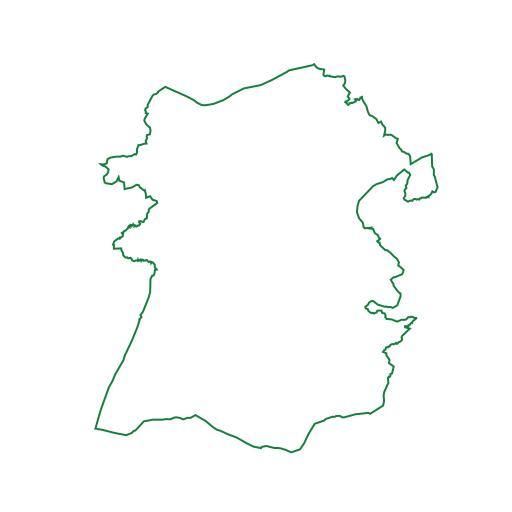 Eidsberg nor, Østfold, Norway, rotated 100°
{"feature_id": "86288312B32613923772103", "entity_name": "Eidsberg nor", "entity_type": "district", "adm_level": 2, "iso_a3": "NOR", "parent_name": "Norway", "parent_adm1": "Østfold", "projection": "mercator", "projection_center": [11.349, 59.529], "detail": "fine", "context": "isolated", "style": "outline", "palette": "green", "viewbox_px": 512, "rotation_deg": 100, "n_neighbors": 0, "source": "geoboundaries", "source_scale": "gbopen_adm2", "svg_char_len": 6067}
<svg xmlns="http://www.w3.org/2000/svg" viewBox="0 0 512 512"><g transform="rotate(100 256 256)"><path d="M57.0,232.1L58.3,233.5L67.6,256.0L69.0,257.1L80.2,271.3L86.9,281.1L93.2,297.3L101.0,307.7L103.5,309.8L108.3,315.4L113.6,324.3L115.0,328.1L116.6,333.0L116.6,336.1L115.4,340.4L113.3,344.4L111.0,351.4L105.2,374.7L111.0,380.9L112.0,380.9L113.7,382.4L114.8,384.8L116.3,385.8L126.2,389.0L128.0,388.5L130.1,390.4L131.8,390.5L132.9,389.4L134.3,389.5L134.6,387.3L140.3,389.5L142.1,389.5L145.3,387.1L148.0,382.7L150.6,381.7L154.6,381.6L155.8,384.3L156.9,384.6L158.6,383.7L162.1,384.6L164.3,383.4L164.9,385.6L167.2,390.1L167.2,391.0L171.2,391.7L175.5,391.2L177.0,391.9L176.7,393.2L179.3,396.1L180.0,399.3L180.7,400.0L180.4,404.8L181.6,406.6L182.3,410.4L184.2,416.1L186.4,419.0L190.7,419.1L192.3,421.7L192.6,424.7L193.4,423.4L194.2,419.5L196.2,416.3L199.3,416.2L201.7,417.1L204.0,419.5L205.7,419.6L209.9,417.7L210.4,416.3L210.3,410.4L206.9,406.4L202.2,405.0L205.6,403.6L206.5,398.7L212.9,397.0L210.1,390.1L206.6,386.0L206.7,383.5L208.6,382.2L211.2,376.9L210.8,376.7L215.3,374.8L217.7,374.4L215.5,370.7L218.6,367.6L219.2,363.3L220.9,362.4L227.8,369.1L228.9,369.6L231.5,369.4L233.0,370.5L237.9,370.1L239.0,371.9L241.9,372.6L242.2,373.1L241.7,375.7L242.1,377.1L243.2,376.9L244.3,375.6L246.3,376.5L246.5,377.8L247.7,378.7L247.5,379.6L248.0,380.6L246.8,380.4L246.8,381.8L246.0,382.5L247.3,382.9L247.2,384.1L247.9,383.5L248.6,383.9L248.8,385.0L248.4,384.5L248.5,384.9L247.8,385.6L248.5,386.5L249.3,386.8L249.8,386.2L249.8,386.9L251.1,387.0L253.6,388.8L254.5,390.5L255.7,390.7L256.5,392.1L257.0,391.7L256.6,390.7L259.8,390.8L261.1,391.9L261.3,393.2L262.7,393.2L262.6,394.8L266.3,398.2L269.7,398.7L269.7,397.9L273.5,397.2L271.9,390.0L273.8,389.5L276.1,387.5L278.3,386.9L280.2,384.4L279.7,382.6L280.5,381.5L279.6,379.4L280.1,378.9L280.0,378.4L281.7,377.4L282.3,375.3L281.1,373.1L280.9,372.2L281.2,371.7L280.5,371.6L280.9,371.4L281.0,370.8L280.5,370.5L280.8,370.2L279.5,368.9L280.6,368.2L280.0,368.0L280.1,366.4L279.5,366.5L280.0,364.9L278.9,362.9L280.6,360.6L279.8,359.2L280.6,358.5L279.9,358.5L280.0,358.0L281.0,357.9L280.2,357.2L280.6,355.9L282.1,354.2L284.9,353.6L286.6,351.4L287.3,353.0L292.2,353.1L293.0,353.6L293.5,354.9L297.2,355.9L309.8,354.0L315.6,354.5L330.7,357.7L334.0,359.5L336.1,358.1L338.5,359.9L338.7,359.7L338.3,359.4L346.9,360.5L360.8,363.5L376.8,367.9L381.7,368.5L397.0,374.1L404.3,375.7L410.4,378.0L434.8,382.2L453.9,384.2L453.9,376.5L454.8,364.9L455.0,352.7L451.8,347.6L449.4,346.0L448.8,344.5L438.3,337.7L435.1,329.1L433.4,319.6L432.3,316.4L431.7,311.8L429.7,309.1L428.7,306.7L428.7,302.6L429.6,299.4L427.4,295.6L426.6,292.1L423.2,288.0L427.3,276.8L432.1,268.5L434.0,263.9L434.2,261.1L436.2,253.7L438.1,243.7L442.3,231.9L444.2,225.0L444.3,217.6L442.9,217.1L441.3,212.6L441.9,204.5L441.2,200.8L441.2,197.7L441.8,192.8L443.1,188.0L443.0,186.7L438.8,179.1L431.8,176.0L422.3,173.4L411.0,169.0L406.3,160.4L404.3,158.8L401.0,152.8L400.7,150.4L399.7,149.3L398.9,146.0L399.9,142.4L399.6,141.2L394.5,130.3L391.0,118.0L391.6,116.2L381.3,104.9L376.6,104.7L371.2,106.1L367.6,106.1L357.9,103.6L353.4,104.9L351.8,104.3L352.0,103.4L350.6,102.8L349.0,103.2L347.9,101.6L340.9,101.2L338.4,106.4L335.1,106.5L331.1,110.4L329.2,110.7L328.4,114.2L326.3,113.3L325.7,112.2L323.9,112.2L323.1,111.4L323.1,110.3L322.5,110.3L321.8,108.7L320.8,108.6L319.4,107.2L319.0,106.4L319.1,105.0L317.3,102.9L318.0,102.3L317.8,101.5L316.1,100.6L315.3,99.1L313.6,97.9L312.6,97.6L310.9,98.6L309.2,98.1L300.8,91.9L300.3,96.8L299.3,97.0L298.9,95.7L299.3,94.4L299.0,94.0L297.7,93.9L297.6,92.9L295.4,92.0L295.1,90.7L293.2,90.5L289.6,87.3L289.2,87.5L289.5,89.6L288.8,90.9L288.8,92.9L289.5,93.5L289.8,95.5L292.4,97.1L293.1,98.6L293.4,101.4L296.1,105.5L294.9,111.4L295.3,116.5L293.9,118.1L292.5,117.9L290.2,119.4L290.2,121.7L288.0,123.0L288.7,127.0L290.5,127.4L292.2,129.8L291.6,131.0L292.1,131.8L291.7,134.0L290.2,136.1L288.9,136.6L288.8,138.2L287.9,139.3L287.3,139.6L284.6,137.3L282.4,136.6L280.9,135.3L280.0,133.6L280.0,132.7L282.7,127.8L283.6,120.3L283.1,118.1L283.5,117.5L282.8,114.6L283.4,112.4L280.1,108.3L270.3,106.6L267.7,107.3L267.5,108.4L265.5,111.0L261.4,115.3L259.8,115.8L256.0,119.2L253.1,116.9L252.8,115.6L248.8,109.2L247.2,108.4L244.1,108.2L241.1,113.0L240.8,114.2L237.3,114.2L234.0,117.0L232.8,119.6L229.4,124.2L227.5,128.0L227.8,129.6L223.9,135.6L221.3,136.6L221.6,137.7L220.3,139.2L218.0,136.9L217.3,136.8L216.8,138.1L214.5,139.3L212.8,142.9L209.0,145.4L209.2,149.0L208.3,148.2L209.8,153.6L209.3,153.8L209.1,154.9L204.6,156.6L201.1,160.9L195.6,164.1L190.0,164.7L183.7,164.1L166.8,152.7L164.3,149.8L161.3,144.0L157.8,140.1L156.5,136.6L155.5,135.5L157.2,133.4L152.3,131.2L145.0,125.0L147.5,120.7L147.4,119.8L149.4,118.2L155.0,119.9L158.6,119.6L160.5,120.7L163.2,119.7L164.7,121.0L166.3,121.1L167.9,119.9L170.9,119.4L173.4,120.6L174.7,119.4L176.1,115.8L174.9,114.0L174.3,112.4L174.5,111.7L172.5,110.4L172.1,109.1L172.6,107.8L171.9,106.6L172.1,105.1L170.5,104.3L170.4,103.4L169.5,102.5L169.3,99.7L169.1,98.7L168.4,98.4L168.5,97.7L167.7,97.2L168.0,96.3L167.0,96.4L164.9,94.4L161.7,93.5L162.4,91.9L161.7,90.3L156.7,89.1L146.5,93.9L145.6,94.9L139.7,95.9L137.2,98.1L125.1,100.6L124.8,101.0L126.2,102.4L130.2,109.8L138.7,119.6L131.1,121.5L128.9,123.6L129.1,125.5L128.3,126.8L127.5,130.6L126.2,131.3L124.6,133.7L120.2,137.2L116.1,136.7L115.6,138.8L113.4,143.3L113.2,145.0L113.9,147.1L113.8,149.4L115.2,150.8L110.0,150.5L107.2,151.1L104.5,154.5L101.9,156.2L103.7,158.5L100.2,161.3L97.8,166.4L97.7,168.5L94.4,170.9L89.1,173.4L85.2,177.0L82.3,179.1L81.0,179.3L81.9,180.7L84.3,181.3L84.6,182.0L83.9,183.2L84.8,184.0L84.0,184.7L84.5,185.7L85.9,184.4L86.6,184.7L88.8,188.0L88.6,189.0L89.3,190.5L90.2,190.4L91.1,191.3L91.0,192.2L89.7,193.0L89.1,194.8L88.4,194.7L87.3,192.7L85.0,191.2L82.9,193.4L78.7,191.9L75.8,196.5L73.0,199.7L70.9,198.6L67.9,198.4L63.8,200.1L63.4,201.4L64.4,202.8L64.8,204.3L64.9,206.8L66.2,209.3L66.2,213.7L66.1,214.5L65.6,214.7L66.0,216.1L65.9,217.3L66.8,218.5L66.9,219.9L65.9,221.1L60.6,221.2L60.6,226.7L59.7,229.2L57.0,232.1Z" fill="none" stroke="#15803d" stroke-width="2"/></g></svg>